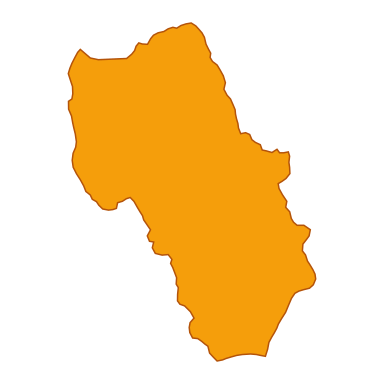 Antônio Cardoso, Bahia, Brazil (Natural Earth projection)
{"feature_id": "56859067B95961729837153", "entity_name": "Antônio Cardoso", "entity_type": "district", "adm_level": 2, "iso_a3": "BRA", "parent_name": "Brazil", "parent_adm1": "Bahia", "projection": "natural_earth1", "projection_center": [-39.143, -12.384], "detail": "fine", "context": "isolated", "style": "filled", "palette": "amber", "viewbox_px": 384, "rotation_deg": 0, "n_neighbors": 0, "source": "geoboundaries", "source_scale": "gbopen_adm2", "svg_char_len": 2228}
<svg xmlns="http://www.w3.org/2000/svg" viewBox="0 0 384 384"><path d="M310.3,229.7L303.9,225.3L297.1,225.3L293.5,222.2L291.3,218.5L289.7,211.8L285.7,207.3L286.8,201.3L282.4,194.7L279.0,188.5L278.2,183.6L281.8,181.5L286.0,178.5L289.9,173.6L289.6,167.3L288.9,162.4L289.6,156.2L288.3,151.9L283.6,152.8L279.6,152.8L277.0,149.3L272.0,152.5L266.4,150.9L262.2,150.0L260.3,144.7L255.4,142.4L251.9,139.7L249.7,134.5L245.6,132.7L240.7,133.7L238.5,128.1L237.9,123.5L236.5,118.8L235.5,114.1L235.1,109.7L233.1,104.9L230.5,99.0L227.1,95.3L223.9,89.3L225.4,82.7L223.3,75.8L220.1,70.0L217.1,65.0L212.5,61.5L210.1,57.5L210.7,53.2L208.4,49.0L206.0,44.1L204.4,37.3L202.0,32.9L198.8,29.2L195.8,25.9L191.2,23.0L186.0,23.9L181.0,25.5L176.7,28.2L172.9,27.3L168.2,28.8L163.9,31.5L158.1,32.8L153.5,35.2L150.7,38.6L147.5,44.3L142.3,44.0L138.8,42.9L136.1,46.2L134.6,50.6L131.8,54.1L126.6,58.5L98.4,59.7L90.3,58.0L80.3,49.4L77.7,52.3L74.9,57.5L71.9,63.4L69.9,68.3L68.3,73.6L70.1,79.2L72.5,86.5L72.8,93.7L71.9,99.0L68.5,101.3L68.6,109.2L71.5,116.0L72.7,122.8L73.7,127.4L75.3,134.0L76.4,141.8L75.7,147.2L73.1,153.3L72.2,160.3L73.2,167.3L76.5,173.8L80.3,179.7L83.7,185.9L85.9,191.5L90.3,195.0L92.3,199.3L96.5,201.7L98.8,205.2L102.7,209.0L108.5,210.1L112.8,209.6L116.4,208.4L117.6,202.7L122.4,201.3L126.4,198.7L130.2,197.5L134.0,201.4L137.5,207.6L140.2,212.1L142.5,215.7L143.7,219.9L146.4,223.8L150.5,229.8L147.3,235.9L149.5,241.3L153.7,242.0L152.3,247.8L155.3,253.4L162.1,255.1L168.2,254.6L171.9,259.4L170.6,263.4L172.7,267.4L174.8,272.9L176.6,277.7L176.2,284.1L178.3,287.6L177.6,294.4L177.5,300.9L179.9,304.2L184.6,305.9L190.4,311.7L194.0,318.1L190.1,322.6L189.2,327.5L189.8,332.6L192.6,338.0L197.8,338.6L201.8,341.4L204.8,344.0L207.9,346.2L209.6,353.1L213.3,357.1L217.1,361.0L222.6,359.9L226.0,358.5L231.3,356.9L236.7,355.4L242.4,354.5L250.5,354.0L256.4,354.5L260.5,355.4L265.4,356.3L267.6,349.3L268.9,342.4L271.6,337.3L274.2,333.0L276.8,328.2L278.4,324.0L281.4,318.9L285.6,312.3L288.5,305.3L291.5,298.3L294.9,293.3L298.9,291.1L303.5,289.7L309.5,288.2L313.3,284.8L315.7,279.0L315.0,274.1L312.9,269.7L309.7,264.4L307.5,261.1L305.5,254.9L302.4,250.9L302.9,244.1L306.7,239.2L309.1,235.9L310.3,229.7Z" fill="#f59e0b" stroke="#b45309" stroke-width="1.5"/></svg>